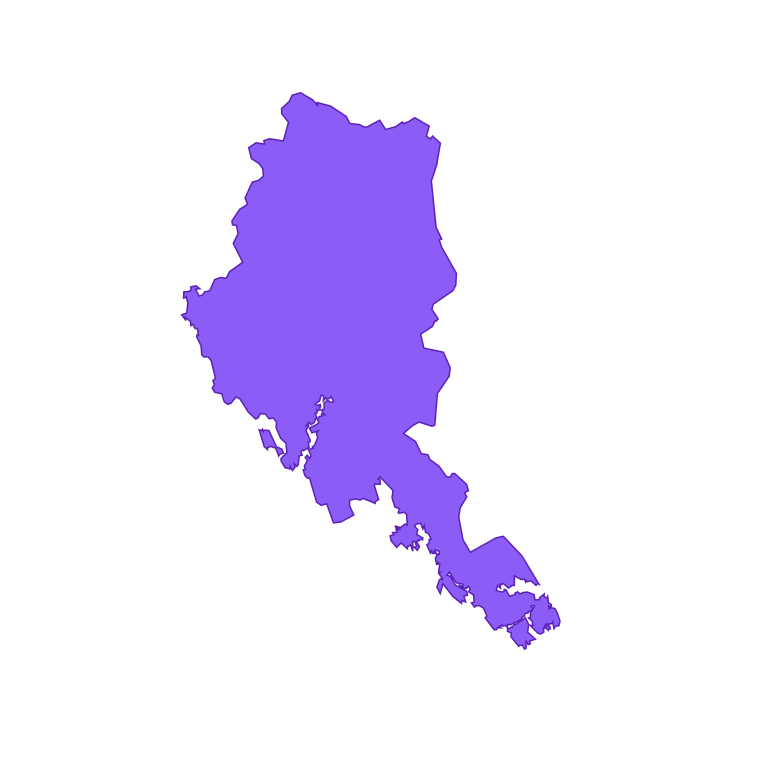 Fjaler nor, Sogn og Fjordane, Norway, rotated 244°
{"feature_id": "86288312B14759313964595", "entity_name": "Fjaler nor", "entity_type": "district", "adm_level": 2, "iso_a3": "NOR", "parent_name": "Norway", "parent_adm1": "Sogn og Fjordane", "projection": "mercator", "projection_center": [5.23, 61.279], "detail": "fine", "context": "isolated", "style": "filled", "palette": "violet", "viewbox_px": 768, "rotation_deg": 244, "n_neighbors": 0, "source": "geoboundaries", "source_scale": "gbopen_adm2", "svg_char_len": 6141}
<svg xmlns="http://www.w3.org/2000/svg" viewBox="0 0 768 768"><g transform="rotate(244 384 384)"><path d="M534.9,232.5L528.0,233.8L530.8,234.7L525.0,237.5L521.1,236.0L521.4,238.4L516.5,238.6L515.7,240.6L509.3,238.7L510.1,237.6L508.6,236.3L498.5,236.3L490.1,233.0L487.3,233.9L485.5,237.8L480.6,238.9L463.1,235.0L462.0,231.7L457.5,231.1L455.7,227.8L450.8,228.3L446.2,233.9L437.9,232.6L434.1,234.8L433.8,238.0L437.2,245.5L433.7,248.0L418.2,249.7L408.8,253.3L408.7,255.8L411.5,259.9L409.2,264.1L403.1,265.5L402.1,269.5L396.9,270.7L392.1,267.9L380.5,267.3L373.9,269.9L364.8,266.5L362.2,258.8L359.8,257.7L352.2,258.4L348.8,262.3L351.0,263.5L346.3,263.8L348.2,267.5L351.4,268.5L348.1,269.6L349.1,271.6L356.6,276.3L355.9,279.3L359.5,279.6L360.4,281.7L359.4,282.5L359.9,288.9L365.0,290.5L364.3,291.9L365.8,293.0L376.7,293.6L379.4,298.1L380.6,298.1L380.6,296.1L382.7,299.4L379.3,300.9L380.1,304.6L384.2,309.2L387.8,308.9L387.3,311.3L390.5,312.2L388.9,313.4L389.0,315.4L391.6,315.9L391.2,317.1L393.5,317.8L394.3,314.0L396.1,313.2L396.9,318.5L401.6,322.7L399.7,324.4L395.4,322.1L397.3,325.8L395.7,325.7L394.8,328.5L395.9,330.9L390.3,331.1L390.6,328.3L393.8,326.4L393.9,324.4L393.0,321.6L387.9,319.4L388.0,316.1L382.3,317.2L384.6,314.8L382.4,313.9L383.1,311.9L381.8,308.7L378.2,308.5L377.2,306.5L377.0,297.6L371.7,297.8L370.7,304.2L369.6,301.8L364.8,300.8L359.3,294.6L359.0,292.1L357.4,292.1L358.4,287.3L351.6,287.0L349.6,284.5L353.7,283.9L352.6,281.0L348.9,281.7L345.1,276.3L341.9,276.2L342.4,273.8L336.7,272.8L333.1,273.7L332.2,275.9L307.4,271.6L302.4,274.4L301.5,280.0L281.4,277.7L278.9,284.5L279.5,299.5L289.5,299.6L294.5,302.0L293.3,308.0L290.3,311.5L290.2,315.2L280.6,323.7L282.0,324.1L282.5,328.6L296.5,330.7L298.1,331.9L295.5,336.7L299.9,338.5L301.1,336.9L302.2,339.7L284.3,345.4L278.4,341.4L268.8,339.8L265.1,343.3L262.4,340.4L261.2,340.8L259.8,346.0L256.9,347.1L247.0,343.1L248.9,341.6L247.7,335.9L251.2,332.0L248.2,331.5L249.4,332.3L246.5,334.2L247.8,331.1L248.6,331.1L245.0,331.0L246.7,326.6L244.3,326.9L244.9,322.9L240.1,321.7L231.6,323.7L233.6,329.7L225.6,332.8L227.2,333.6L227.9,337.3L221.1,336.6L229.8,340.9L228.9,342.9L223.7,342.0L224.2,339.6L219.9,341.0L222.4,344.7L228.1,344.1L228.8,346.2L227.6,346.5L228.6,347.8L227.1,350.5L228.6,351.4L234.4,347.5L238.3,350.5L242.8,349.0L243.9,351.9L242.6,355.9L236.6,355.3L239.3,358.2L232.5,356.3L229.9,358.5L223.7,358.3L224.5,356.5L221.3,354.8L220.6,351.9L211.7,351.6L213.3,353.7L210.5,353.2L209.8,354.8L211.2,355.6L208.8,356.4L212.4,357.3L209.4,360.4L206.7,359.1L207.9,357.6L204.8,353.8L198.8,352.2L198.4,353.6L200.0,354.1L197.5,355.2L192.4,351.4L190.4,352.2L191.2,351.0L190.1,350.1L183.2,351.3L182.4,350.7L184.1,349.5L183.7,347.9L178.2,342.5L171.0,342.7L178.6,349.4L163.0,352.7L152.8,357.4L155.2,359.1L152.3,361.8L158.3,362.8L157.6,366.4L161.4,367.4L172.1,360.0L181.7,359.5L184.6,356.8L186.3,360.1L173.6,361.9L169.4,367.2L167.2,366.3L169.9,363.6L166.9,363.8L167.3,365.8L164.3,365.4L165.0,368.7L164.2,368.7L165.5,371.0L162.4,371.8L160.1,368.9L155.2,372.0L148.4,369.4L148.9,366.6L143.7,367.6L144.2,369.6L143.1,372.4L139.0,375.1L130.6,374.9L129.5,372.4L114.9,375.2L113.8,377.6L115.2,379.2L113.5,382.2L115.5,381.2L115.8,384.1L114.6,384.0L113.5,387.6L110.6,388.0L113.8,389.7L112.1,392.1L112.2,405.0L114.0,405.4L113.9,408.3L115.8,409.9L115.1,413.1L115.9,413.1L116.0,417.6L117.3,419.6L119.8,418.5L120.0,420.4L118.5,422.1L114.3,415.5L110.3,413.4L110.4,411.4L105.9,413.2L101.6,411.8L103.2,409.5L92.2,413.2L90.6,415.2L90.9,418.8L95.2,420.2L93.8,420.4L94.0,422.3L96.8,422.1L90.6,423.5L91.7,424.8L90.9,426.0L93.3,426.8L96.6,423.3L97.3,425.4L95.1,426.5L96.1,427.3L95.0,429.7L96.3,431.4L89.6,429.5L91.1,432.0L90.0,435.2L93.6,438.2L101.6,439.3L107.2,439.2L110.2,435.5L109.4,433.9L113.0,434.8L111.0,435.1L110.9,437.1L112.5,437.6L115.4,436.0L121.3,438.0L120.2,436.6L123.0,434.7L125.0,435.9L123.6,429.9L122.0,429.4L123.7,425.0L128.9,426.6L134.1,421.7L135.8,417.0L135.5,414.5L138.6,413.0L138.7,410.2L137.3,409.8L138.2,403.8L145.7,403.4L146.7,402.0L145.1,401.0L145.3,398.7L149.2,394.4L153.1,397.8L149.4,399.2L153.2,400.6L152.2,401.4L152.5,403.8L146.0,406.4L146.7,411.3L145.8,412.8L154.3,417.1L147.9,421.8L147.4,424.6L144.2,424.5L145.4,425.7L143.4,426.0L142.9,429.6L136.4,432.3L137.1,434.7L136.1,435.5L169.0,432.6L194.8,424.5L196.6,417.3L194.9,387.8L209.3,386.7L231.5,392.8L239.1,397.9L246.3,408.9L250.9,408.8L251.1,413.1L257.6,414.2L272.6,408.3L273.6,406.1L271.3,402.5L273.2,399.6L286.2,397.3L296.1,392.1L301.2,392.5L305.0,387.0L318.5,387.1L331.0,379.8L334.1,391.6L334.4,398.9L324.9,408.7L324.8,411.6L352.0,427.8L362.4,445.9L369.4,450.6L386.5,451.3L398.8,435.6L412.8,438.8L414.4,452.5L418.4,457.6L417.6,458.2L418.7,461.2L430.2,459.8L434.2,463.3L437.6,486.5L441.3,491.8L451.7,497.6L481.6,495.8L489.3,496.8L489.0,499.4L502.0,499.5L545.6,515.5L557.6,527.2L575.7,540.2L585.6,536.3L583.9,533.3L588.0,530.6L596.0,537.7L609.9,528.3L609.0,521.2L609.5,515.6L611.5,515.2L610.1,507.5L612.0,497.1L623.0,495.7L622.5,481.4L623.9,478.6L627.9,475.7L633.1,467.5L641.0,467.3L657.1,457.9L666.3,447.3L662.8,446.5L670.5,444.5L682.4,436.6L683.8,428.0L679.5,422.7L676.4,412.6L671.7,410.6L661.1,412.9L646.6,400.1L654.6,388.6L655.4,382.7L652.0,381.7L656.9,374.8L655.7,366.0L644.7,363.6L637.0,368.3L630.4,369.4L623.7,366.7L622.0,360.4L623.2,354.1L612.0,340.6L605.3,340.2L604.3,330.9L597.1,318.7L593.4,317.6L591.2,320.9L583.0,318.7L576.4,310.1L555.4,310.4L552.7,294.5L548.2,288.4L551.3,284.1L552.1,277.6L544.8,269.0L544.3,267.0L545.5,263.4L543.6,259.8L544.1,256.4L551.8,256.1L550.5,260.2L554.6,258.2L556.0,252.9L553.1,251.8L552.8,248.9L554.6,244.5L549.1,241.5L548.6,243.9L550.2,244.8L542.6,243.1L534.3,237.7L534.9,232.5ZM101.3,387.3L89.1,390.1L89.7,391.3L88.2,394.1L84.2,394.0L84.3,396.0L91.1,399.0L86.5,399.3L86.4,401.7L89.2,402.2L88.2,408.2L98.0,404.3L104.4,408.6L112.1,408.6L110.2,398.1L110.6,395.3L108.9,392.4L109.7,392.0L109.3,387.6L107.5,386.5L104.6,389.3L101.3,387.3ZM380.3,248.9L376.2,250.6L377.8,251.4L377.6,254.6L373.9,258.5L365.4,257.8L366.6,259.5L365.8,263.5L370.5,263.5L374.6,259.8L392.7,260.2L395.3,255.3L394.6,254.8L396.6,254.9L395.8,253.7L397.5,251.7L380.3,248.9Z" fill="#8b5cf6" stroke="#5b21b6" stroke-width="1.5"/></g></svg>